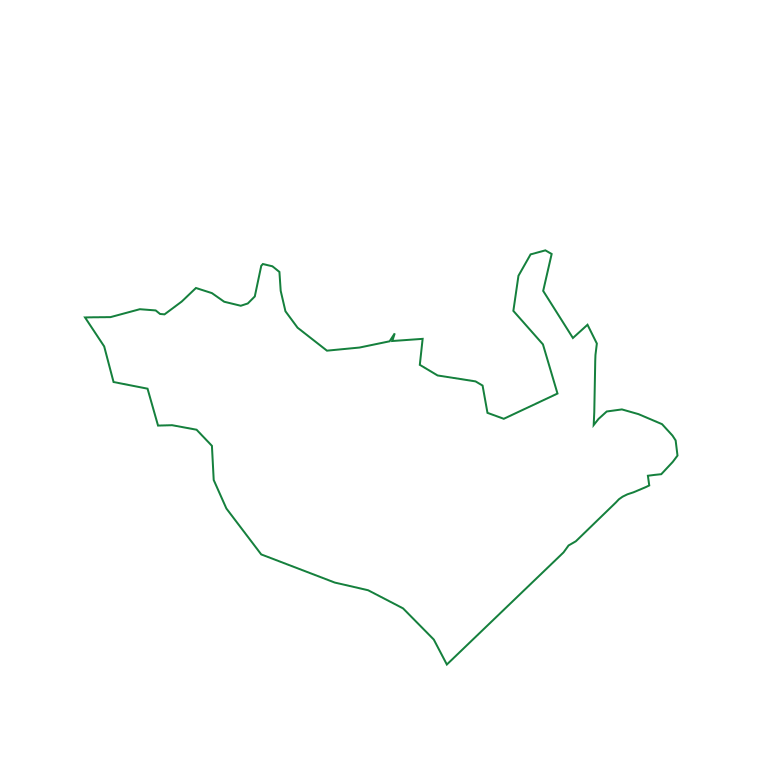 outline of Orleans, Louisiana, United States of America, rotated 222°
{"feature_id": "52423323B18472828692910", "entity_name": "Orleans", "entity_type": "district", "adm_level": 2, "iso_a3": "USA", "parent_name": "United States of America", "parent_adm1": "Louisiana", "projection": "natural_earth1", "projection_center": [-89.919, 30.033], "detail": "fine", "context": "isolated", "style": "outline", "palette": "green", "viewbox_px": 768, "rotation_deg": 222, "n_neighbors": 0, "source": "geoboundaries", "source_scale": "gbopen_adm2", "svg_char_len": 1246}
<svg xmlns="http://www.w3.org/2000/svg" viewBox="0 0 768 768"><g transform="rotate(222 384 384)"><path d="M409.9,428.8L408.4,419.5L426.6,394.7L448.7,370.6L485.9,368.0L505.9,372.1L523.1,384.1L536.7,397.3L545.7,396.8L554.3,392.1L554.3,389.7L538.6,362.6L539.1,352.7L542.8,346.3L557.8,338.2L572.7,336.4L588.0,329.5L589.5,309.9L593.7,288.9L597.3,286.2L602.9,285.9L615.5,276.2L632.0,250.7L646.8,237.1L650.7,233.4L617.1,224.7L586.3,204.5L556.6,222.3L524.1,201.9L513.9,211.6L492.7,224.6L470.5,222.9L446.3,198.7L417.8,186.0L361.2,175.2L287.7,203.5L257.8,220.1L219.7,230.0L176.0,227.4L149.6,217.6L137.9,379.0L138.8,387.5L136.2,395.5L134.2,425.0L132.4,451.2L132.3,455.5L131.3,459.9L129.3,464.9L126.1,470.5L120.4,482.7L119.0,486.1L126.5,492.4L122.1,497.5L117.6,502.5L117.3,519.5L118.0,527.2L129.5,537.2L135.1,538.7L150.5,540.2L174.7,531.9L190.2,524.3L200.1,512.6L201.2,501.6L200.9,496.8L200.7,493.8L205.3,499.4L209.0,503.9L237.6,536.9L242.3,542.3L246.3,547.1L252.9,556.5L272.4,564.2L274.4,544.6L328.0,559.7L346.4,592.8L353.5,591.3L361.8,578.4L356.5,554.4L336.8,524.9L292.4,519.8L248.7,493.0L271.7,438.3L287.8,431.8L309.7,448.8L317.7,447.2L349.9,426.2L370.2,422.2L385.5,443.4L406.6,421.5L409.9,428.8Z" fill="none" stroke="#15803d" stroke-width="2"/></g></svg>